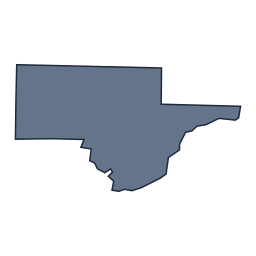 the district of Schuyler, Illinois, United States of America
{"feature_id": "52423323B64731039190901", "entity_name": "Schuyler", "entity_type": "district", "adm_level": 2, "iso_a3": "USA", "parent_name": "United States of America", "parent_adm1": "Illinois", "projection": "equal_earth", "projection_center": [-90.531, 40.132], "detail": "fine", "context": "isolated", "style": "filled", "palette": "slate", "viewbox_px": 256, "rotation_deg": 0, "n_neighbors": 0, "source": "geoboundaries", "source_scale": "gbopen_adm2", "svg_char_len": 552}
<svg xmlns="http://www.w3.org/2000/svg" viewBox="0 0 256 256"><path d="M191.8,131.0L197.1,126.1L205.7,124.8L219.0,118.4L235.4,120.1L238.6,117.9L240.6,106.3L161.2,104.2L161.5,68.0L16.7,64.7L15.9,102.5L15.4,139.2L52.4,138.7L84.0,139.5L80.9,147.3L91.2,149.0L89.7,160.7L94.7,163.1L97.4,168.8L104.8,172.7L110.6,168.9L112.5,172.1L108.3,176.3L113.7,181.2L112.0,190.2L118.9,191.3L124.3,189.3L132.1,190.7L141.5,187.6L160.5,178.0L166.1,174.0L168.4,157.5L179.5,149.9L179.5,144.4L185.5,132.3L191.8,131.0Z" fill="#64748b" stroke="#1e293b" stroke-width="1.5"/></svg>